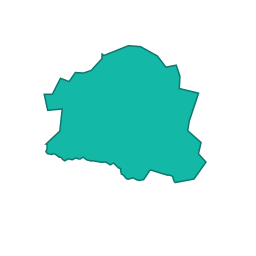 Martin, Kentucky, United States of America, rotated 139°
{"feature_id": "52423323B94344797346492", "entity_name": "Martin", "entity_type": "district", "adm_level": 2, "iso_a3": "USA", "parent_name": "United States of America", "parent_adm1": "Kentucky", "projection": "mercator", "projection_center": [-82.442, 37.816], "detail": "fine", "context": "isolated", "style": "filled", "palette": "teal", "viewbox_px": 256, "rotation_deg": 139, "n_neighbors": 0, "source": "geoboundaries", "source_scale": "gbopen_adm2", "svg_char_len": 1313}
<svg xmlns="http://www.w3.org/2000/svg" viewBox="0 0 256 256"><g transform="rotate(139 128 128)"><path d="M77.6,92.8L51.9,108.0L63.4,124.1L54.8,133.1L50.4,143.8L59.5,149.1L58.6,163.1L65.2,181.2L73.6,189.8L98.5,198.5L99.1,200.8L102.2,197.4L118.0,195.6L125.6,198.7L131.3,204.4L142.0,201.7L146.3,209.8L163.0,203.1L169.1,208.4L177.0,194.0L165.2,185.5L181.5,170.4L200.4,169.7L200.2,169.5L200.1,168.4L202.5,165.5L205.5,164.0L205.6,161.6L202.9,157.9L201.9,157.8L201.2,157.4L200.0,156.1L200.0,155.6L199.1,151.0L198.4,150.6L197.8,149.7L197.7,148.9L198.0,147.7L197.4,144.9L197.1,144.6L193.4,144.0L191.0,140.7L190.2,140.3L188.0,140.0L186.8,139.4L186.3,138.7L186.1,137.8L185.1,136.5L184.1,135.9L182.0,135.7L180.9,135.2L180.4,132.2L179.9,130.8L177.4,127.2L176.8,126.7L176.3,126.7L171.1,120.2L167.5,117.1L167.0,116.5L165.6,111.9L165.2,111.6L163.3,111.5L161.9,110.8L161.9,110.4L161.5,106.4L161.3,103.8L160.6,103.3L160.3,102.5L160.3,101.8L161.2,101.3L163.2,97.6L162.7,96.6L162.4,95.1L162.5,91.2L162.2,90.2L161.5,89.2L158.2,87.7L156.8,86.8L155.2,82.9L154.0,81.1L150.0,78.8L139.6,81.6L139.1,81.6L138.2,81.1L132.5,71.8L132.1,71.1L128.9,66.2L127.8,65.5L126.2,62.7L126.1,61.9L126.8,60.9L128.2,57.3L128.2,55.9L111.7,46.2L91.5,51.1L91.8,62.3L82.4,69.1L84.7,86.8L77.6,92.8Z" fill="#14b8a6" stroke="#0f766e" stroke-width="1.5"/></g></svg>